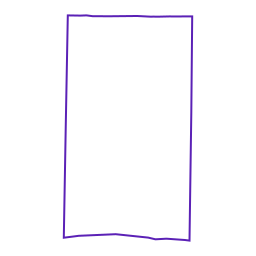 the district of Okaloosa, Florida, United States of America
{"feature_id": "52423323B76793643920341", "entity_name": "Okaloosa", "entity_type": "district", "adm_level": 2, "iso_a3": "USA", "parent_name": "United States of America", "parent_adm1": "Florida", "projection": "mercator", "projection_center": [-86.589, 30.688], "detail": "fine", "context": "isolated", "style": "outline", "palette": "violet", "viewbox_px": 256, "rotation_deg": 0, "n_neighbors": 0, "source": "geoboundaries", "source_scale": "gbopen_adm2", "svg_char_len": 467}
<svg xmlns="http://www.w3.org/2000/svg" viewBox="0 0 256 256"><path d="M67.8,15.4L65.7,129.1L63.8,237.7L74.2,236.4L78.7,235.8L115.7,234.2L148.2,237.6L155.4,239.3L166.5,238.7L184.9,240.0L189.5,240.6L191.3,112.9L192.2,16.4L191.2,16.4L187.1,16.4L171.5,16.5L170.4,16.4L157.3,16.7L153.3,16.6L151.1,16.7L137.4,16.0L136.1,16.0L105.7,16.3L101.4,16.2L98.3,16.2L92.7,16.2L86.7,15.4L86.1,15.4L85.8,15.4L80.5,15.6L67.8,15.4Z" fill="none" stroke="#5b21b6" stroke-width="2"/></svg>